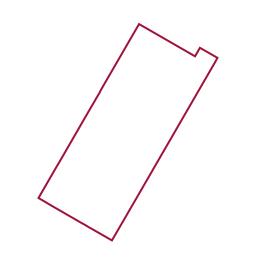 the district of Divide, North Dakota, United States of America, rotated 300°
{"feature_id": "52423323B7908254608729", "entity_name": "Divide", "entity_type": "district", "adm_level": 2, "iso_a3": "USA", "parent_name": "United States of America", "parent_adm1": "North Dakota", "projection": "equal_earth", "projection_center": [-103.804, 48.816], "detail": "fine", "context": "isolated", "style": "outline", "palette": "rose", "viewbox_px": 256, "rotation_deg": 300, "n_neighbors": 0, "source": "geoboundaries", "source_scale": "gbopen_adm2", "svg_char_len": 705}
<svg xmlns="http://www.w3.org/2000/svg" viewBox="0 0 256 256"><g transform="rotate(300 128 128)"><path d="M223.5,85.6L223.3,85.6L147.8,85.5L144.2,85.7L121.9,85.6L95.9,85.6L66.3,85.6L58.1,85.5L36.9,85.5L34.8,85.5L27.7,85.5L22.6,85.5L22.6,88.4L22.6,93.1L22.6,93.8L22.5,94.9L22.6,95.3L22.5,96.6L22.5,97.1L22.5,98.5L22.5,99.2L22.5,100.8L22.5,105.8L22.5,107.0L22.5,108.0L22.5,113.2L22.5,114.2L22.5,114.6L22.5,116.1L22.5,116.5L22.5,120.8L22.5,132.4L22.5,134.4L22.6,139.7L22.5,143.0L22.5,144.0L22.6,163.3L22.6,163.5L22.6,164.5L22.6,164.8L22.6,166.6L22.6,166.9L22.6,170.3L67.8,170.4L229.6,170.5L231.9,170.4L233.5,170.4L233.4,150.2L223.6,150.2L223.5,85.6Z" fill="none" stroke="#9f1239" stroke-width="2"/></g></svg>